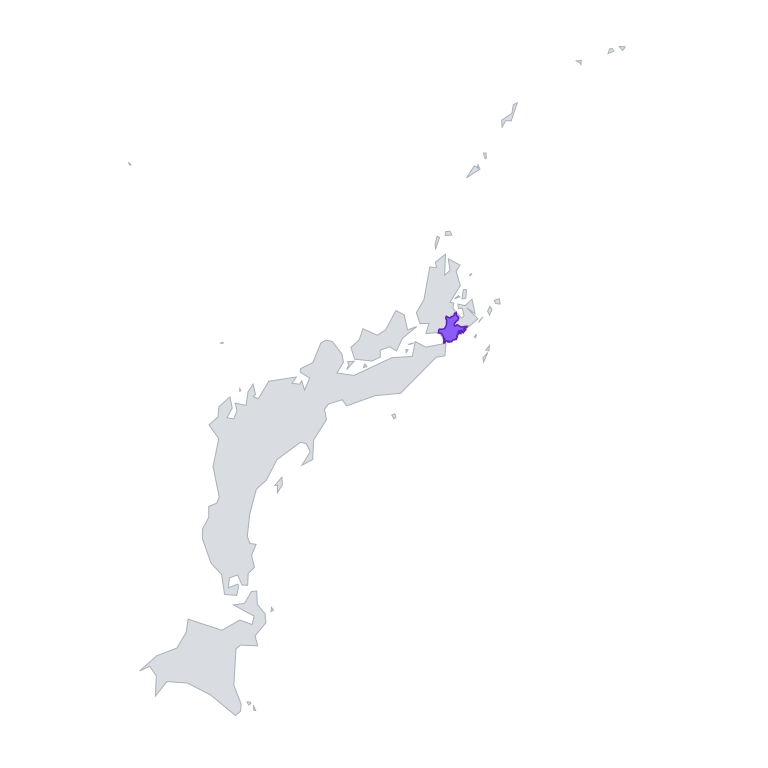 Japan, with Fukuoka highlighted, rotated 176°
{"feature_id": "JPN-1829", "entity_name": "Fukuoka", "entity_type": "Prefecture", "adm_level": 1, "iso_a3": "JPN", "parent_name": "Japan", "parent_adm1": "", "projection": "albers", "projection_center": [130.552, 33.473], "detail": "fine", "context": "in_parent", "style": "filled", "palette": "violet", "viewbox_px": 768, "rotation_deg": 176, "n_neighbors": 0, "source": "natural_earth", "source_scale": "10m", "svg_char_len": 7005}
<svg xmlns="http://www.w3.org/2000/svg" viewBox="0 0 768 768"><g transform="rotate(176 384 384)"><path d="M545.7,183.4L557.7,185.2L559.3,205.4L569.0,217.3L576.0,242.4L575.2,252.0L568.1,263.2L567.4,274.1L559.1,276.9L556.3,282.9L560.3,313.6L552.6,341.0L561.4,355.4L551.9,362.8L550.3,372.8L538.6,381.9L537.1,370.6L542.9,361.3L536.3,359.7L532.5,367.6L533.8,375.3L523.1,372.3L520.1,385.8L514.6,392.9L512.9,382.3L515.2,380.6L510.5,378.0L498.7,394.8L470.9,397.1L475.8,391.1L468.0,389.7L465.9,392.9L463.7,383.5L457.7,395.0L466.7,401.8L466.2,405.1L453.5,410.3L444.2,429.3L438.8,431.8L432.6,430.1L423.9,416.9L422.9,408.5L430.2,398.3L413.4,394.6L374.3,409.7L353.8,409.5L349.9,424.1L339.7,417.9L319.3,420.3L321.3,407.8L330.0,407.1L368.1,373.6L393.9,373.0L422.8,364.7L426.8,371.2L440.7,368.0L445.1,363.0L443.9,352.5L458.1,333.0L460.4,313.6L471.6,308.7L462.3,321.5L465.6,329.7L471.2,331.8L496.0,316.1L508.0,296.4L518.7,287.9L527.0,263.7L531.1,241.1L528.8,234.4L522.8,232.9L528.1,222.3L526.0,210.2L532.7,204.4L534.0,192.8L539.6,193.3L543.4,203.8L551.7,201.4L553.5,191.6L543.7,194.6L543.4,191.2L545.7,183.4ZM601.0,99.4L621.2,102.3L633.8,88.7L631.5,108.8L637.4,118.7L647.9,114.7L629.5,128.8L608.9,135.1L598.6,150.2L595.8,163.1L562.9,149.6L544.3,158.6L532.4,153.3L529.7,161.5L549.6,174.1L538.5,174.9L530.7,186.3L525.4,186.3L525.8,173.2L518.7,163.0L518.5,154.0L530.2,141.8L528.3,131.6L545.2,133.6L550.1,130.2L554.8,94.0L548.9,74.8L549.9,67.5L555.4,63.7L578.6,85.8L601.0,99.4ZM325.7,431.5L338.7,431.4L334.8,441.3L343.9,441.8L346.7,452.9L338.2,465.5L330.2,497.4L323.4,496.5L324.2,501.9L313.6,509.2L315.9,488.4L310.2,492.7L311.1,504.3L299.8,497.3L304.2,491.6L301.0,476.9L312.4,461.0L308.8,459.9L310.0,454.7L302.2,444.3L299.4,446.4L300.6,454.1L304.4,454.0L304.8,458.6L297.6,456.5L290.3,462.4L288.2,447.7L296.0,454.0L285.7,442.4L314.2,421.8L320.1,423.4L325.7,431.5ZM394.3,407.8L411.5,410.8L414.5,422.9L405.7,429.6L401.2,440.6L387.2,433.1L378.6,437.9L367.0,456.4L359.1,451.7L356.7,436.3L347.2,439.1L362.3,428.4L369.3,416.1L375.9,420.8L385.5,418.0L385.8,411.2L394.3,407.8ZM248.2,639.0L237.5,645.0L235.5,653.6L231.4,655.2L238.8,637.5L243.9,638.4L248.3,632.1L248.2,639.0ZM500.1,290.4L492.4,298.1L492.4,290.6L497.9,283.1L497.2,290.3L500.1,290.4ZM287.3,583.9L278.6,595.4L273.3,591.7L287.3,583.9ZM298.2,472.7L295.1,472.3L296.4,463.9L300.4,463.4L298.2,472.7ZM418.7,408.7L412.2,408.8L420.2,400.9L417.9,405.4L418.7,408.7ZM312.0,531.7L307.4,531.7L305.9,527.9L312.5,527.9L312.0,531.7ZM283.5,403.2L278.3,408.3L283.0,398.9L283.5,403.2ZM320.7,527.7L318.4,526.3L323.2,514.7L323.2,520.3L320.7,527.7ZM262.5,455.7L266.9,456.4L268.2,459.7L263.1,461.1L262.5,455.7ZM280.0,410.9L276.2,415.0L277.0,409.8L280.0,410.9ZM125.8,704.3L120.1,703.7L120.1,702.8L122.8,700.1L125.8,704.3ZM378.4,352.6L375.3,353.4L374.4,350.0L376.5,348.5L378.4,352.6ZM272.9,454.1L271.0,450.8L273.9,445.4L275.6,449.6L272.9,454.1ZM137.4,698.0L135.5,702.6L132.8,702.7L131.5,700.0L137.4,698.0ZM268.7,607.5L266.0,607.2L266.3,602.1L267.5,601.8L268.7,607.5ZM542.8,76.5L539.4,75.9L539.1,74.4L541.5,73.3L542.8,76.5ZM307.8,464.1L303.6,467.0L302.3,465.7L307.8,464.1ZM511.8,169.0L509.9,166.1L512.6,164.8L511.8,169.0ZM351.4,423.1L354.0,422.0L357.3,421.8L351.4,423.1ZM536.6,67.5L536.7,72.7L534.8,67.2L536.6,67.5ZM283.9,440.9L280.4,444.2L285.5,438.7L283.9,440.9ZM169.5,693.0L164.6,693.1L165.3,689.0L166.6,691.0L169.5,693.0ZM290.8,424.7L288.2,427.3L289.3,423.8L290.8,424.7ZM403.4,401.9L401.7,405.3L399.9,402.5L403.4,401.9ZM275.7,593.9L275.0,596.2L274.0,593.4L275.7,593.9ZM528.7,387.0L528.1,389.6L527.3,387.1L528.7,387.0ZM290.8,487.3L288.5,488.0L290.6,485.9L290.8,487.3ZM359.6,413.9L359.8,416.9L357.6,416.5L359.6,413.9ZM544.2,436.3L541.8,437.0L541.7,435.6L544.2,436.3ZM622.7,620.4L623.3,623.2L621.2,620.3L622.7,620.4Z" fill="#d9dde1" stroke="#a8b0b8" stroke-width="1"/><path d="M297.2,435.8L297.3,435.7L297.4,435.0L297.7,434.7L298.5,434.4L298.9,434.2L299.2,434.3L299.5,434.1L299.9,434.0L300.2,433.8L300.5,433.6L300.7,433.2L300.4,433.2L299.6,433.4L299.3,433.3L299.3,432.9L299.1,432.8L298.7,432.7L298.6,432.4L298.8,432.1L299.1,431.9L299.3,431.8L299.6,431.8L299.8,431.7L300.2,431.4L300.2,431.0L300.3,430.7L300.6,430.7L300.9,430.7L301.1,430.7L301.3,430.6L301.4,430.4L301.5,429.6L301.8,429.8L302.1,430.0L302.2,430.3L302.0,430.5L302.1,431.0L302.5,431.2L302.6,431.4L303.1,431.2L303.2,431.5L303.0,431.9L303.2,432.1L303.5,432.3L303.7,432.2L303.9,432.2L304.0,432.1L304.2,431.7L304.6,431.7L305.3,431.7L305.7,431.5L306.1,431.5L306.3,431.1L306.4,430.7L306.5,430.1L306.4,429.9L306.3,429.5L305.8,429.8L305.4,430.2L305.1,430.4L304.7,430.2L304.4,430.0L304.3,429.8L304.0,429.9L303.7,429.7L303.6,429.2L303.7,428.9L304.0,429.0L304.1,429.4L304.4,429.7L305.0,429.7L306.0,429.3L306.4,428.9L306.7,428.5L307.0,428.2L307.4,428.1L307.6,427.8L308.0,427.3L308.1,426.7L308.0,426.2L307.7,426.1L307.5,425.9L307.6,425.5L307.7,425.4L307.9,425.3L308.1,425.1L308.3,424.8L308.6,423.9L308.8,424.2L309.0,424.1L309.6,423.8L309.8,423.5L309.9,423.3L310.0,423.2L310.4,423.1L311.6,423.2L312.1,423.1L312.7,422.7L313.4,421.6L313.6,421.5L313.9,421.4L314.2,421.5L314.6,421.6L315.2,421.3L316.1,421.3L317.0,421.4L316.8,422.0L317.2,421.8L317.8,421.8L318.1,422.2L318.3,422.7L318.7,422.9L319.1,422.9L319.4,422.6L319.8,422.1L320.0,421.4L320.7,420.9L321.5,420.6L321.7,420.9L321.7,421.5L321.4,421.9L321.4,422.1L321.1,422.6L321.3,423.0L321.3,423.4L320.9,423.4L321.0,423.7L321.1,423.9L320.9,424.1L320.8,424.3L320.4,424.6L320.3,425.0L320.9,425.3L321.5,425.2L321.4,426.2L321.5,426.4L321.5,427.2L321.8,427.8L322.6,429.1L322.9,430.0L323.3,430.5L323.9,430.8L324.3,430.8L325.0,430.9L326.0,431.1L326.3,431.2L326.2,431.3L325.9,431.6L325.8,431.8L325.7,432.1L325.7,432.5L325.9,433.2L325.9,433.5L325.7,433.8L325.4,434.2L325.3,434.5L325.1,434.7L324.8,434.8L324.5,434.9L322.9,434.6L321.4,434.6L321.2,434.6L320.9,434.7L320.1,435.0L319.8,435.3L319.5,435.6L319.1,436.1L318.5,436.8L318.2,437.4L318.0,438.1L317.4,439.0L317.3,439.4L317.3,439.7L317.3,439.9L317.4,440.8L317.4,441.3L317.0,442.6L317.1,443.2L317.7,444.8L317.8,445.3L317.2,447.2L316.0,446.6L314.6,445.6L314.2,445.4L313.9,445.4L313.5,445.4L313.2,445.5L312.6,446.2L312.2,446.5L311.8,446.6L310.8,446.7L310.4,446.9L310.0,447.3L309.4,447.8L309.0,448.1L308.8,448.6L308.8,449.1L308.9,449.3L308.8,449.5L308.4,449.8L307.4,449.9L307.0,450.2L307.0,449.4L307.0,448.1L306.8,447.5L306.9,447.1L306.7,446.9L306.4,446.8L305.8,446.4L305.6,446.2L305.5,445.8L305.5,445.6L305.4,445.4L305.0,445.3L305.0,444.9L304.9,444.6L305.0,444.2L305.1,443.9L305.4,443.7L305.5,443.6L305.6,443.4L305.7,442.8L305.8,442.5L306.1,442.3L306.4,442.2L306.7,442.0L306.9,441.8L307.4,441.8L307.6,441.7L307.9,441.2L308.1,441.0L308.3,440.5L308.4,440.2L308.7,439.9L309.0,439.8L309.3,439.8L309.5,439.7L309.7,438.5L309.7,438.3L309.5,437.3L309.5,437.2L309.3,437.0L309.0,436.9L308.5,437.0L307.8,437.4L307.5,437.6L307.0,438.0L306.7,438.0L306.3,437.8L305.8,437.2L305.5,437.0L305.1,436.8L303.6,435.8L303.2,435.7L302.8,435.6L302.1,435.5L301.6,435.5L300.4,435.7L299.3,435.7L298.6,435.8L297.2,435.8L297.2,435.8Z" fill="#8b5cf6" stroke="#5b21b6" stroke-width="1.5"/></g></svg>